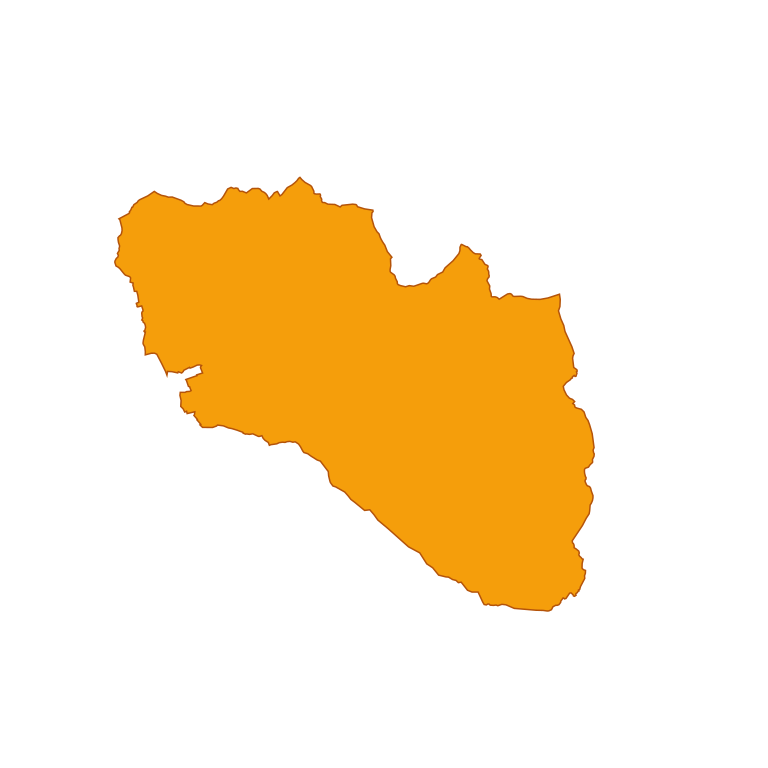 outline of Calinesti, Maramures, Romania, rotated 332°
{"feature_id": "2599482B5531512518944", "entity_name": "Calinesti", "entity_type": "district", "adm_level": 2, "iso_a3": "ROU", "parent_name": "Romania", "parent_adm1": "Maramures", "projection": "albers", "projection_center": [24.007, 47.766], "detail": "fine", "context": "isolated", "style": "filled", "palette": "amber", "viewbox_px": 768, "rotation_deg": 332, "n_neighbors": 0, "source": "geoboundaries", "source_scale": "gbopen_adm2", "svg_char_len": 6171}
<svg xmlns="http://www.w3.org/2000/svg" viewBox="0 0 768 768"><g transform="rotate(332 384 384)"><path d="M581.1,387.1L569.1,385.0L561.6,382.6L554.1,378.4L550.6,375.6L547.7,372.0L545.9,370.7L540.0,367.8L539.2,367.1L538.7,364.5L537.7,363.3L535.3,362.5L525.5,363.2L524.7,361.0L523.7,359.8L522.9,359.1L520.3,357.8L519.9,357.0L521.0,354.4L521.7,349.7L523.4,347.1L523.4,341.1L525.0,339.6L526.9,338.9L527.7,337.8L528.1,336.1L529.0,334.4L529.3,333.2L529.2,331.0L531.0,329.2L531.2,328.2L529.3,325.7L528.8,320.1L526.9,318.5L526.9,317.9L527.3,317.6L530.1,316.1L530.0,314.4L525.7,311.9L524.4,309.8L523.3,306.2L522.8,303.8L522.0,301.9L521.0,301.3L518.1,297.2L517.6,297.1L515.3,298.9L513.7,301.8L511.4,304.0L502.9,307.6L492.5,310.1L488.4,312.7L482.6,312.5L479.8,313.8L475.5,313.4L474.2,313.7L471.5,315.2L469.8,315.7L468.6,315.5L466.3,313.6L465.1,313.1L456.2,311.7L452.5,309.0L448.7,308.3L444.8,304.9L443.2,303.0L442.9,301.8L443.7,299.9L443.8,296.0L444.4,294.0L444.2,292.3L442.3,288.5L442.3,287.4L443.1,285.8L445.5,282.8L448.5,276.5L450.5,275.8L449.1,268.7L449.9,261.7L449.5,258.3L449.4,255.1L449.5,253.0L450.1,249.0L449.3,246.3L449.1,240.5L451.1,231.3L453.7,227.2L455.3,226.6L455.8,225.3L449.1,220.3L445.0,216.2L443.9,215.1L443.8,213.0L443.4,212.3L440.8,210.5L430.8,206.5L428.4,207.1L424.9,202.4L418.9,198.9L416.8,196.0L415.0,194.9L414.8,194.4L415.0,192.5L415.6,191.9L415.8,191.2L415.7,188.6L416.5,187.7L416.8,186.6L416.6,186.1L413.3,184.5L412.0,183.4L411.7,182.7L412.6,180.8L412.8,175.6L412.3,174.2L408.9,168.9L407.4,164.9L406.8,162.1L405.2,162.3L402.6,163.6L399.8,164.4L396.1,165.1L390.8,165.2L382.8,168.8L380.5,169.1L380.3,164.0L379.8,163.8L376.9,163.7L373.7,165.2L369.1,166.6L369.4,162.7L369.0,160.4L368.3,158.7L366.6,156.4L366.0,153.6L364.8,152.3L359.5,149.6L352.2,150.7L349.5,147.4L347.2,146.3L346.7,144.1L346.8,142.7L345.3,141.4L343.2,140.9L341.3,138.6L337.5,138.4L330.5,142.8L327.6,144.2L325.2,144.8L323.9,144.5L321.7,145.0L318.8,144.6L316.5,145.0L313.1,142.4L310.9,139.7L307.5,140.9L306.0,141.0L299.5,137.5L294.3,133.0L292.9,130.5L292.9,129.3L291.1,126.5L284.8,119.5L281.3,117.8L279.3,115.6L276.1,113.0L273.3,109.3L271.6,106.1L263.7,107.0L255.1,106.6L253.2,106.8L251.3,107.8L247.4,108.2L245.0,109.9L244.4,109.6L242.1,111.5L239.9,112.5L239.8,113.3L238.9,113.7L227.5,113.7L227.9,115.0L225.9,123.2L224.7,125.7L222.7,128.0L221.1,129.0L220.1,129.0L217.8,129.9L216.9,131.8L216.0,134.4L215.5,137.5L214.9,138.7L213.7,139.9L213.0,141.7L209.9,143.6L209.9,145.6L208.7,146.9L206.5,147.5L204.1,149.2L203.4,150.4L202.8,154.0L204.0,155.8L204.9,157.9L206.3,165.0L206.8,166.5L209.7,169.7L210.1,170.8L210.0,171.5L207.7,174.8L209.9,177.1L208.6,179.0L208.3,180.8L207.1,185.0L209.2,186.1L208.3,190.1L205.9,196.7L203.2,196.5L203.0,196.8L202.9,198.5L202.3,199.7L202.7,200.3L206.7,201.3L206.0,205.3L205.5,206.4L204.4,206.7L203.4,207.6L202.0,211.0L201.9,212.4L200.2,213.8L200.8,214.7L200.4,216.4L201.1,218.0L200.8,220.0L200.1,222.1L198.1,224.3L196.9,224.6L197.0,225.7L197.7,226.1L192.1,232.4L190.4,234.8L190.1,236.1L190.2,238.9L188.5,243.3L186.9,246.2L193.0,247.6L195.9,249.1L197.4,251.1L197.3,261.4L197.0,270.4L196.5,274.3L198.8,271.3L202.6,273.6L207.1,277.4L208.1,276.6L210.5,279.3L212.6,278.7L213.7,277.9L220.1,278.0L220.2,278.9L223.2,279.4L227.9,279.6L230.2,280.6L231.6,282.0L230.2,282.7L229.6,283.5L229.0,289.1L222.9,288.0L222.8,288.8L211.1,287.0L211.2,288.3L210.2,294.3L211.1,295.2L210.8,297.0L210.6,299.3L209.0,299.3L206.1,298.0L204.5,298.0L200.2,295.7L198.5,298.2L197.1,303.3L194.0,308.4L195.0,311.6L194.9,315.2L196.9,315.4L196.3,317.7L203.9,319.7L202.3,322.0L201.4,322.5L202.6,327.7L202.0,327.9L203.3,333.6L202.3,333.7L203.4,337.1L212.2,341.9L216.4,342.5L217.7,342.1L222.5,345.5L226.0,349.7L228.8,352.0L232.5,355.7L236.6,360.3L236.8,360.6L236.5,361.2L238.1,363.2L239.4,363.7L241.5,365.3L244.8,366.4L248.5,371.3L249.7,371.9L251.9,372.3L251.8,375.3L252.5,377.9L254.4,381.3L254.0,384.3L255.7,384.5L261.3,386.5L263.9,386.6L267.0,387.7L269.2,389.1L271.3,389.4L274.0,390.5L276.2,392.6L278.5,393.4L280.4,396.9L280.8,400.3L280.8,405.1L281.1,406.9L283.9,409.7L285.8,413.6L289.3,419.7L291.6,422.2L293.7,435.1L292.0,439.1L290.7,444.1L290.4,445.9L291.0,450.1L293.0,452.1L298.6,460.9L299.8,465.8L300.6,470.4L302.6,474.7L307.5,486.5L312.4,488.4L313.8,494.6L314.7,501.3L319.7,513.6L329.2,539.3L336.3,549.9L337.3,562.9L340.7,569.1L342.5,578.4L348.1,583.4L350.3,584.8L352.7,588.8L355.4,591.3L356.4,594.3L359.1,595.2L360.9,605.3L364.0,609.0L369.4,611.9L368.8,622.8L368.9,625.7L370.6,627.1L372.4,627.0L373.5,627.7L373.9,629.1L376.8,630.9L379.2,631.8L380.4,633.2L384.7,633.9L388.0,636.2L393.7,643.3L412.0,655.1L418.2,658.6L421.6,661.1L423.0,661.7L425.9,661.9L428.6,660.0L431.7,660.0L433.0,660.7L434.8,661.0L437.4,659.8L438.2,658.7L441.7,657.0L442.2,657.5L442.5,658.5L444.0,658.8L449.7,655.8L450.5,656.0L451.3,656.6L452.0,659.2L451.8,660.1L452.6,660.9L454.4,660.7L454.6,659.5L455.3,659.1L456.7,659.0L458.1,658.1L459.0,658.2L459.1,657.2L460.3,657.3L462.4,655.1L470.0,649.9L471.0,647.5L473.0,645.6L474.4,643.2L473.1,641.8L472.4,640.1L472.6,639.2L474.7,635.5L477.6,632.2L476.9,631.5L476.5,629.6L475.9,628.0L475.8,626.7L476.0,626.0L477.1,624.9L477.5,623.0L476.2,619.8L475.0,617.8L475.8,616.4L476.2,615.1L476.3,613.8L475.9,612.7L476.6,610.8L492.8,602.1L499.5,597.5L504.2,594.9L506.0,592.6L509.2,587.6L511.1,586.6L513.4,584.7L515.0,582.7L516.1,580.7L516.8,575.9L517.5,572.9L517.4,571.6L516.9,570.5L515.8,569.5L515.5,567.9L515.8,564.4L516.4,563.4L517.7,562.8L518.5,561.4L518.4,560.3L519.2,557.0L520.1,554.9L521.0,553.5L522.1,552.9L525.5,553.4L528.1,552.0L531.2,551.2L531.6,550.8L532.6,548.5L535.4,546.5L536.8,544.4L536.8,543.1L537.6,540.5L539.6,538.8L544.5,525.6L546.4,516.5L547.0,512.0L546.5,508.2L547.5,502.6L546.4,499.0L543.0,495.8L542.1,494.7L541.8,493.8L542.4,491.9L541.5,489.9L544.1,489.0L543.2,486.1L541.1,483.6L540.0,479.4L540.2,473.6L541.2,470.2L545.8,468.3L550.6,467.7L551.9,467.0L553.1,467.1L553.7,466.2L555.9,465.7L556.2,467.0L557.1,467.3L559.4,465.1L559.6,463.6L560.4,463.5L560.7,463.1L561.0,461.9L559.3,458.5L562.6,449.8L564.1,447.9L566.2,446.3L567.4,439.3L568.5,422.5L570.2,416.7L570.7,409.6L572.4,401.3L575.7,398.2L579.3,392.1L581.1,387.1Z" fill="#f59e0b" stroke="#b45309" stroke-width="1.5"/></g></svg>